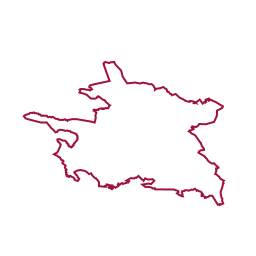 Kildare Lea-5, Kildare, Ireland (Natural Earth projection), rotated 8°
{"feature_id": "5873133B34299058506876", "entity_name": "Kildare Lea-5", "entity_type": "district", "adm_level": 2, "iso_a3": "IRL", "parent_name": "Ireland", "parent_adm1": "Kildare", "projection": "natural_earth1", "projection_center": [-6.982, 53.189], "detail": "fine", "context": "isolated", "style": "outline", "palette": "rose", "viewbox_px": 256, "rotation_deg": 8, "n_neighbors": 0, "source": "geoboundaries", "source_scale": "gbopen_adm2", "svg_char_len": 5831}
<svg xmlns="http://www.w3.org/2000/svg" viewBox="0 0 256 256"><g transform="rotate(8 128 128)"><path d="M105.1,64.5L102.7,65.2L101.4,65.4L100.4,66.3L96.3,65.8L95.9,66.4L95.1,66.8L95.0,67.6L95.2,68.0L94.9,68.2L103.2,84.0L88.2,89.5L84.3,91.2L83.9,92.2L84.1,93.0L85.7,93.4L86.9,94.7L86.0,95.3L85.3,96.1L83.9,95.6L81.5,95.9L79.0,95.6L76.4,95.8L75.5,96.1L74.8,96.7L75.2,96.9L75.6,97.7L75.0,99.7L80.0,100.2L81.2,100.6L82.3,100.7L87.2,104.0L91.5,103.5L93.6,101.8L93.3,101.4L93.9,100.7L95.6,101.4L99.1,103.4L101.2,103.8L101.6,104.5L102.3,104.9L102.7,105.5L104.5,106.5L106.4,108.0L106.9,108.1L106.3,108.8L105.7,111.1L104.5,111.2L104.3,111.5L102.9,111.3L102.2,112.1L101.2,112.1L101.1,112.6L100.3,112.8L99.7,112.7L99.5,112.2L98.1,112.4L96.7,113.2L96.2,113.3L95.9,114.3L95.1,114.2L94.9,114.5L94.3,114.7L93.8,114.5L93.1,114.8L92.0,114.5L91.5,114.7L91.5,115.6L92.3,115.6L93.2,115.9L93.6,116.7L94.6,117.3L94.0,119.8L94.2,121.3L94.6,121.6L94.5,125.2L94.2,127.3L90.4,126.8L76.3,126.4L71.9,126.9L67.4,128.5L67.1,129.3L66.0,128.6L65.1,128.8L64.7,128.2L63.8,128.4L62.7,129.1L61.9,129.0L60.7,129.4L59.8,129.5L59.2,129.3L58.0,129.4L57.6,128.9L55.1,128.9L52.0,127.4L51.6,127.5L50.8,128.2L49.6,127.7L48.5,127.9L47.6,128.4L46.9,128.2L45.9,127.5L45.9,127.3L44.6,127.2L43.2,127.6L42.0,127.5L40.8,128.0L40.2,127.8L39.9,127.3L39.2,126.9L38.0,127.0L38.0,126.7L37.4,126.3L36.6,126.2L35.6,126.4L35.0,126.1L33.6,126.3L32.6,125.7L31.5,126.4L31.1,126.3L28.9,126.7L27.9,128.0L26.4,128.4L25.4,129.1L24.8,129.2L23.2,130.8L25.1,132.7L28.5,133.3L41.2,134.7L46.7,133.8L52.1,138.8L54.5,140.4L56.8,142.4L57.7,141.9L58.3,141.9L58.9,140.3L59.5,140.2L60.5,139.3L62.8,139.1L65.3,139.3L65.9,139.6L68.4,138.9L69.1,139.2L71.3,139.2L72.0,140.0L74.1,140.2L75.8,140.8L76.4,140.8L78.0,141.4L78.0,142.0L78.8,142.5L78.8,143.0L79.3,143.6L79.2,144.1L79.5,144.6L79.2,145.1L79.6,146.5L79.0,146.9L78.9,148.0L77.3,149.9L77.3,150.6L76.7,150.8L76.4,151.8L76.6,152.4L75.8,152.8L75.4,153.6L75.7,153.9L75.5,154.3L74.4,155.2L73.4,154.5L72.5,154.5L72.1,154.3L72.1,154.0L71.6,153.8L71.5,153.2L71.1,153.0L71.1,152.4L69.8,151.8L69.9,151.4L69.2,151.0L69.1,150.4L67.6,149.4L66.3,149.3L65.1,149.6L62.0,148.5L59.7,149.1L59.8,150.2L60.4,150.7L60.7,151.5L62.0,151.9L62.7,153.0L63.6,153.5L63.6,154.9L61.8,161.2L61.0,162.3L58.4,164.3L60.3,165.0L61.6,165.2L63.5,166.5L64.3,166.4L64.6,166.8L65.1,167.1L66.0,168.6L67.4,169.1L67.9,169.1L68.7,169.7L68.8,170.0L67.8,171.3L67.9,171.7L68.5,172.4L70.1,173.1L71.5,174.2L71.1,175.2L71.0,176.0L71.3,176.5L73.0,177.8L73.0,178.2L72.2,178.7L72.7,179.4L72.6,180.5L73.4,180.9L73.1,182.3L74.3,183.0L73.8,183.8L74.0,184.1L74.4,184.3L75.5,184.0L76.0,184.6L76.4,184.7L76.7,184.5L76.8,183.8L77.5,183.3L79.2,184.3L80.9,184.6L81.9,185.5L82.0,186.3L82.7,186.9L85.6,187.5L86.8,185.1L85.4,184.0L84.3,182.3L83.5,181.6L83.0,181.5L82.7,180.9L81.0,179.7L80.9,179.4L81.1,179.0L84.3,176.9L85.0,176.9L86.3,176.3L87.4,176.2L88.8,176.4L90.9,176.4L93.4,177.4L95.9,179.1L97.8,178.0L99.0,179.7L100.6,181.0L102.6,182.4L103.4,182.3L106.7,185.5L107.4,189.7L114.1,189.3L113.9,188.7L113.3,188.6L113.7,188.2L115.2,187.8L115.0,186.9L116.6,187.0L117.3,187.3L120.1,187.1L119.8,188.0L117.7,187.8L117.8,188.4L117.1,189.6L117.5,189.9L118.2,190.1L119.1,189.9L120.4,190.9L120.7,190.9L121.7,189.2L120.6,188.8L121.0,187.7L123.1,188.3L123.8,188.9L126.6,186.8L126.5,186.2L125.8,185.4L126.2,184.4L127.7,185.3L128.9,184.0L129.8,183.3L130.8,184.2L131.8,183.5L134.1,182.6L134.7,181.7L135.7,182.0L136.5,180.6L133.8,180.3L137.6,177.3L141.3,177.1L142.2,176.1L143.2,176.2L145.0,174.0L148.2,176.5L148.4,176.4L148.8,177.0L150.4,177.4L150.3,177.5L150.8,178.1L152.0,175.5L155.2,176.3L159.5,175.2L161.4,176.5L158.7,180.3L156.2,180.2L150.1,182.0L153.3,183.9L157.2,183.4L159.4,183.7L160.4,184.1L160.8,184.5L162.9,183.9L163.3,185.0L182.2,182.5L182.8,182.8L186.4,183.3L186.8,183.6L186.9,184.5L185.6,185.9L188.3,187.1L188.3,187.3L189.4,187.4L190.3,187.7L190.4,188.0L191.8,188.0L191.3,187.1L191.0,185.6L190.3,184.3L190.5,183.0L192.5,182.6L192.8,181.9L194.1,181.6L195.9,181.4L196.7,181.7L199.4,180.2L201.0,180.2L202.6,178.8L204.2,179.8L204.8,180.7L205.8,180.0L207.0,180.6L209.1,181.1L209.7,181.4L211.2,183.1L210.1,183.5L210.4,185.1L212.7,185.0L213.8,185.4L213.8,186.4L215.0,186.2L215.6,185.6L217.4,184.8L218.1,183.8L220.8,183.3L227.7,191.5L229.4,190.6L229.7,191.4L232.8,189.5L231.3,187.0L231.4,186.1L231.2,184.7L230.2,183.9L228.6,178.6L229.7,173.1L229.7,171.1L230.2,169.9L229.9,169.9L229.8,168.1L230.0,167.0L230.2,166.8L226.5,165.4L224.9,163.4L224.2,163.2L222.3,161.8L220.8,161.4L221.5,158.2L221.0,157.3L221.0,156.9L221.4,156.7L220.9,155.7L223.9,154.4L222.8,154.5L221.2,153.2L220.6,153.0L218.0,150.9L216.4,151.6L214.0,150.7L211.8,149.3L210.6,147.8L208.2,146.0L208.2,145.6L201.2,142.6L201.5,141.5L203.0,140.1L203.7,139.8L206.2,139.3L206.2,138.2L203.7,135.6L202.3,133.1L202.4,132.8L201.6,132.4L195.7,126.0L194.1,125.3L191.7,124.6L190.5,123.6L188.7,122.8L189.4,122.0L189.7,122.3L193.1,119.9L190.9,118.7L191.4,117.4L191.8,117.4L192.7,118.2L194.1,117.3L195.3,117.6L197.1,116.0L197.9,114.1L204.4,113.5L212.4,110.0L214.3,103.6L213.7,98.4L218.5,95.1L219.0,93.4L211.4,90.1L205.9,88.6L204.1,89.8L203.2,88.8L204.5,87.9L204.3,87.7L203.8,88.0L203.7,87.8L201.1,89.1L201.5,89.8L200.7,90.8L201.7,91.4L201.0,92.2L199.9,91.8L198.6,93.5L195.1,89.9L192.7,92.3L191.9,92.8L191.4,93.5L191.6,93.7L190.8,93.5L190.4,94.2L189.8,94.2L190.4,92.9L189.3,92.7L185.7,92.5L185.4,93.5L181.3,93.2L179.2,92.1L174.8,90.7L170.4,87.7L168.7,88.6L167.1,89.1L166.8,89.4L166.1,88.5L164.8,88.3L163.8,87.0L163.0,86.5L162.4,86.7L161.4,85.9L161.2,84.8L160.7,84.2L158.6,83.4L157.6,82.6L157.1,82.6L153.8,84.3L151.6,84.8L150.1,85.6L149.4,86.4L149.2,84.9L148.1,83.9L147.5,82.7L145.2,81.2L144.4,81.5L142.8,81.7L139.8,81.0L139.0,81.2L136.5,81.0L133.7,82.3L128.8,82.0L121.0,83.9L115.7,78.0L113.2,72.1L106.8,67.0L105.4,65.3L105.1,64.5Z" fill="none" stroke="#9f1239" stroke-width="2"/></g></svg>